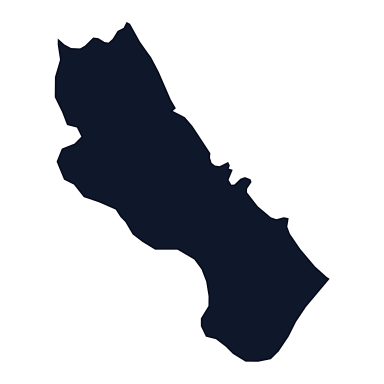 outline of Thongchon, Kangwŏn-do, North Korea
{"feature_id": "82179303B46927697528233", "entity_name": "Thongchon", "entity_type": "district", "adm_level": 2, "iso_a3": "PRK", "parent_name": "North Korea", "parent_adm1": "Kangwŏn-do", "projection": "robinson", "projection_center": [127.81, 38.946], "detail": "fine", "context": "isolated", "style": "filled", "palette": "ink", "viewbox_px": 384, "rotation_deg": 0, "n_neighbors": 0, "source": "geoboundaries", "source_scale": "gbopen_adm2", "svg_char_len": 1272}
<svg xmlns="http://www.w3.org/2000/svg" viewBox="0 0 384 384"><path d="M116.2,209.0L121.0,216.5L125.9,221.5L133.2,233.9L143.0,241.4L155.3,248.9L177.6,248.9L194.7,258.9L202.1,268.9L206.9,281.3L209.3,296.2L209.2,306.2L201.6,318.6L201.6,326.0L206.4,336.0L216.3,338.5L221.9,342.8L226.1,346.0L233.5,353.4L245.8,360.9L258.1,361.0L270.5,358.5L276.6,352.4L278.0,351.1L288.0,336.2L295.5,321.3L305.5,306.4L318.0,291.5L328.5,279.0L326.2,277.5L314.5,267.0L299.8,249.6L289.2,234.1L286.5,226.8L287.8,218.8L283.8,218.0L276.4,220.0L270.5,218.0L257.2,206.8L246.2,192.6L246.4,188.4L250.7,182.0L249.9,179.8L244.9,177.9L240.8,179.4L234.7,185.3L230.9,185.5L227.7,179.9L231.7,170.3L227.7,169.1L229.0,165.6L227.8,163.0L219.6,167.0L214.5,166.2L210.9,163.3L209.2,157.7L209.6,153.5L205.3,146.9L191.8,126.4L184.4,117.8L171.4,111.1L174.9,108.1L170.2,100.1L158.2,72.4L150.6,57.9L146.4,52.1L139.4,42.2L129.5,24.4L126.9,23.0L124.2,28.4L118.1,31.5L113.2,39.4L108.8,43.4L104.4,42.8L98.1,38.9L93.5,38.3L85.5,46.2L80.3,49.2L70.9,48.8L64.0,45.1L60.2,41.7L58.5,40.2L58.5,44.8L60.8,59.8L55.7,77.1L55.6,87.1L55.5,97.0L62.8,111.9L67.6,124.4L77.4,126.9L82.3,136.8L74.8,144.3L62.4,149.2L57.4,161.6L64.6,179.1L74.4,184.0L84.2,196.5L99.0,201.5L116.2,209.0Z" fill="#0f172a" stroke="#020617" stroke-width="1.5"/></svg>